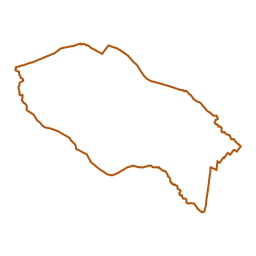 outline of Nealtican, Puebla, Mexico
{"feature_id": "50627088B48552785623395", "entity_name": "Nealtican", "entity_type": "district", "adm_level": 2, "iso_a3": "MEX", "parent_name": "Mexico", "parent_adm1": "Puebla", "projection": "albers", "projection_center": [-98.437, 19.058], "detail": "fine", "context": "isolated", "style": "outline", "palette": "amber", "viewbox_px": 256, "rotation_deg": 0, "n_neighbors": 0, "source": "geoboundaries", "source_scale": "gbopen_adm2", "svg_char_len": 5714}
<svg xmlns="http://www.w3.org/2000/svg" viewBox="0 0 256 256"><path d="M108.5,45.5L105.0,49.9L103.3,52.3L102.1,53.9L94.1,49.5L91.5,48.1L90.6,47.8L89.5,46.4L88.3,45.9L87.8,45.3L86.5,45.3L85.8,44.7L85.0,44.6L84.4,44.2L83.4,43.9L82.5,44.1L81.2,44.6L80.4,43.6L78.6,44.0L74.0,45.9L70.4,46.4L67.3,47.1L63.8,47.7L60.8,48.4L54.7,53.1L32.5,62.3L29.0,63.2L25.3,64.6L23.3,65.3L21.8,65.5L19.6,66.1L18.7,66.6L17.5,66.7L16.9,66.9L16.0,67.2L16.1,67.4L16.1,68.1L16.0,68.4L15.6,68.9L15.5,69.4L15.4,69.7L15.4,69.9L15.4,70.1L15.7,70.4L16.2,70.6L16.6,70.8L19.0,71.8L19.0,73.2L19.5,75.1L20.2,75.7L20.5,76.7L20.7,77.6L20.9,78.1L22.0,78.4L22.6,78.9L22.9,79.2L23.3,80.2L23.0,80.9L20.0,82.5L19.4,83.3L19.4,84.2L19.4,85.0L19.3,85.5L18.7,86.5L18.6,87.1L18.4,87.7L18.6,88.4L18.8,89.0L18.8,89.5L18.9,90.0L19.2,91.1L19.5,91.5L19.7,92.4L19.5,92.6L19.4,93.0L19.3,93.4L19.4,94.2L19.9,95.1L20.5,95.4L21.2,95.2L21.7,94.8L22.0,94.9L22.5,95.1L22.7,95.7L22.4,98.1L22.0,99.6L21.9,100.5L23.0,101.4L23.3,102.1L23.4,102.7L24.6,103.3L25.4,104.0L26.1,104.9L26.4,105.6L26.9,106.7L26.9,107.9L26.6,108.8L26.5,109.2L26.5,109.5L26.9,110.3L29.6,112.0L33.9,114.9L35.3,117.3L36.6,119.8L40.5,123.1L42.0,125.2L44.7,127.3L47.4,127.9L50.5,128.5L54.5,129.9L58.1,131.3L62.0,133.7L66.7,136.2L69.8,138.2L70.7,140.1L73.6,143.0L75.5,145.0L76.2,149.1L78.1,149.7L83.3,152.7L86.7,154.2L90.9,162.1L95.4,165.8L99.0,168.8L107.4,174.4L112.0,175.4L117.0,173.5L121.1,171.1L127.1,167.5L133.1,165.6L138.1,167.1L142.7,167.5L148.2,165.9L150.9,165.5L151.2,165.9L151.5,166.0L151.8,166.4L152.0,166.5L152.8,167.1L153.0,167.1L153.5,167.2L154.1,167.4L154.4,167.4L156.5,167.2L157.1,167.2L157.5,167.3L157.9,167.7L158.4,167.7L159.0,167.5L159.2,167.4L159.4,167.8L160.1,168.6L160.7,169.0L161.7,169.8L162.1,170.1L162.3,170.3L162.5,170.6L163.1,170.7L163.5,170.8L163.9,171.1L164.1,171.2L164.5,171.2L164.9,171.0L165.0,171.3L165.5,171.4L167.2,173.8L167.6,175.0L167.8,175.4L168.0,176.0L167.9,176.2L168.1,176.6L168.5,177.0L169.2,177.2L169.4,177.5L169.5,177.7L169.8,178.4L170.1,179.3L170.4,179.8L170.4,180.1L170.3,180.7L170.2,181.2L170.4,181.7L170.6,182.2L171.0,182.6L171.3,182.6L171.7,182.6L171.8,183.6L172.0,183.8L172.5,184.0L173.2,184.3L173.4,184.5L173.9,184.9L174.1,184.9L174.3,185.0L174.6,184.5L175.0,184.7L175.7,185.2L176.5,185.5L176.8,185.6L177.0,185.7L177.1,185.9L177.2,186.1L177.4,186.2L177.5,186.4L177.5,186.8L177.5,188.5L177.6,188.8L177.8,189.0L178.2,189.3L178.5,189.4L179.6,189.6L179.8,189.7L180.0,190.0L180.6,191.2L180.6,191.3L180.5,191.5L180.4,191.7L180.0,192.2L179.7,192.4L179.4,192.8L179.4,193.0L179.6,193.4L179.7,193.6L179.3,194.3L179.5,194.6L180.2,195.3L180.4,195.3L181.5,195.2L181.8,195.2L182.0,195.4L182.1,195.5L182.1,196.2L182.1,196.8L182.6,197.5L182.9,198.3L183.5,198.8L184.1,198.7L184.7,198.6L185.5,198.8L185.9,199.0L186.3,199.6L186.3,200.0L186.5,200.5L186.4,200.9L186.4,201.5L186.3,202.0L186.7,202.6L186.9,203.0L187.4,203.3L188.3,203.4L188.8,203.5L189.4,203.5L190.0,203.4L190.8,203.1L191.1,203.1L191.4,203.1L191.7,203.1L191.9,203.2L192.1,203.3L192.3,203.4L193.5,203.4L193.8,203.5L194.2,203.7L194.3,203.9L194.6,204.2L195.3,205.3L195.8,206.0L196.0,206.1L196.4,206.4L196.5,206.6L196.7,206.8L196.9,207.4L197.2,208.0L197.4,208.5L197.5,208.9L197.8,209.1L198.1,209.2L198.4,209.3L198.8,209.4L199.0,209.6L199.4,210.2L199.7,210.5L200.0,210.9L200.2,211.1L200.7,211.3L201.1,211.6L201.3,211.8L201.6,212.3L201.8,212.4L202.0,212.4L202.5,211.8L202.7,211.7L203.1,211.6L203.3,211.6L203.9,211.8L204.0,211.4L204.3,211.1L204.4,210.9L204.6,210.2L205.7,206.3L205.9,205.1L206.5,199.3L206.5,199.0L206.6,198.6L206.7,197.7L207.1,195.2L208.6,184.8L209.7,175.8L209.9,174.1L210.3,171.7L210.7,167.3L216.5,169.9L217.5,161.4L219.6,162.8L223.3,157.6L224.0,158.1L227.6,152.9L230.2,154.7L233.6,150.0L234.3,150.0L234.5,150.0L236.8,151.6L239.9,147.4L240.4,147.2L240.4,146.8L240.6,146.2L240.4,145.8L239.4,145.1L239.3,144.7L239.0,144.5L238.6,144.2L238.4,144.2L237.1,143.3L236.3,142.4L235.6,141.6L234.9,140.9L234.4,140.1L234.1,139.4L233.7,139.0L233.3,139.0L232.6,139.4L231.9,139.4L231.2,139.0L231.1,138.9L231.0,138.7L231.0,138.3L230.8,138.1L230.5,137.8L230.4,137.0L230.2,136.5L230.0,135.9L229.6,135.6L229.3,135.1L229.2,135.0L228.6,135.1L228.2,134.9L227.8,134.7L227.5,134.6L226.8,134.3L226.2,134.1L225.9,133.8L225.5,133.5L225.2,133.2L225.0,132.9L224.7,132.4L224.0,132.0L223.8,132.0L222.9,132.4L222.6,132.4L222.0,132.3L221.7,132.0L221.4,130.6L221.4,130.2L221.5,129.9L221.6,128.8L221.5,128.0L221.0,127.2L220.5,126.8L220.1,126.6L219.2,126.5L218.9,126.6L218.5,126.7L218.4,126.3L218.3,125.8L218.2,125.3L217.9,124.9L217.6,124.7L217.3,124.5L216.4,124.5L216.2,124.4L216.1,124.2L215.9,123.9L215.2,123.6L214.9,123.3L214.7,122.8L214.6,122.3L214.7,122.0L215.5,120.9L215.6,120.5L215.6,120.1L215.8,119.7L216.2,119.6L216.7,119.6L217.0,119.5L217.5,119.2L217.8,118.7L217.8,118.4L217.4,117.7L217.1,117.1L216.8,116.1L216.6,115.7L216.2,115.5L215.8,115.5L215.4,115.7L214.6,115.8L213.5,115.6L213.0,115.4L212.6,115.1L212.2,114.8L211.5,113.9L211.3,113.7L210.7,113.4L210.6,113.0L210.2,112.6L209.4,112.2L208.9,112.1L208.3,111.7L207.3,110.9L206.4,110.0L205.7,109.4L205.4,109.0L205.2,108.5L204.9,108.1L204.5,107.5L203.9,106.9L203.3,106.4L202.9,106.1L202.6,105.9L202.4,105.4L202.2,104.8L201.0,103.5L200.4,103.0L199.7,102.4L199.1,102.1L198.2,101.9L197.2,101.5L195.2,100.2L194.2,99.5L193.7,98.9L193.0,98.6L192.4,97.3L192.0,96.7L191.6,96.3L191.0,95.3L189.9,94.5L189.2,94.1L188.6,93.7L188.3,93.0L188.1,92.7L187.0,91.8L186.7,91.3L186.3,91.0L185.7,90.7L184.6,91.4L184.0,91.2L183.5,90.5L182.6,90.0L181.4,90.3L181.2,90.2L177.1,88.8L172.7,87.3L160.1,83.5L151.1,81.1L147.3,79.1L144.0,75.9L140.4,70.5L136.9,64.9L133.5,62.0L130.3,58.3L128.2,55.9L122.1,51.5L119.4,49.8L116.7,48.2L113.3,47.2L110.5,46.1L108.5,45.5Z" fill="none" stroke="#b45309" stroke-width="2"/></svg>